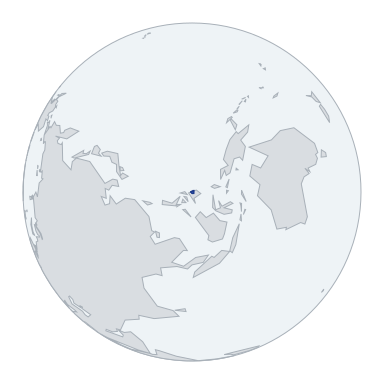 Agusan del Sur on an orthographic globe, rotated 273°
{"feature_id": "PHL-2588", "entity_name": "Agusan del Sur", "entity_type": "Province", "adm_level": 1, "iso_a3": "PHL", "parent_name": "Philippines", "parent_adm1": "", "projection": "orthographic", "projection_center": [125.781, 8.604], "detail": "fine", "context": "on_globe", "style": "filled", "palette": "blue", "viewbox_px": 384, "rotation_deg": 273, "n_neighbors": 0, "source": "natural_earth", "source_scale": "10m", "svg_char_len": 8800}
<svg xmlns="http://www.w3.org/2000/svg" viewBox="0 0 384 384"><g transform="rotate(273 192 192)"><circle cx="192" cy="192" r="169" fill="#eef3f6" stroke="#a8b0b8"/><path d="M323.7,252.4L323.6,253.6L323.4,253.8L323.7,252.4ZM285.1,51.0L279.8,47.8L274.1,46.7L277.9,50.3L272.7,46.8L283.6,57.0L284.1,61.3L280.1,54.2L277.1,51.8L275.7,53.3L272.2,51.3L269.6,51.1L265.6,48.7L263.6,45.3L261.0,43.9L260.2,45.1L255.6,44.0L257.3,42.3L249.5,40.3L244.8,35.4L252.3,34.9L246.2,32.2L245.9,31.9L259.5,37.1L272.6,43.5L285.1,51.0ZM348.6,142.6L347.2,138.9L348.5,140.6L348.6,142.6ZM346.0,137.2L346.6,138.3L346.1,137.4L346.0,137.2ZM345.4,136.8L345.9,137.1L345.5,137.2L345.4,136.8ZM344.8,136.9L345.1,136.7L345.1,136.9L344.8,136.9ZM343.3,135.9L342.8,135.5L343.0,135.0L343.3,135.9ZM291.3,55.3L289.8,54.3L289.0,53.7L291.3,55.3ZM281.4,53.6L281.7,52.8L282.6,54.4L281.4,53.6ZM269.9,51.5L270.9,52.4L269.1,52.0L269.9,51.5ZM261.4,48.1L258.2,47.3L261.1,47.5L261.4,48.1ZM256.1,46.4L248.4,45.0L250.0,46.9L241.2,41.4L250.7,44.1L254.0,43.9L253.8,45.0L256.1,46.4ZM240.5,30.1L234.4,28.5L234.1,28.4L240.5,30.1ZM237.6,38.8L235.4,38.2L237.3,38.3L237.6,38.8ZM243.6,31.2L241.9,30.8L236.5,29.2L235.2,28.9L234.1,28.4L243.6,31.2ZM227.4,26.8L230.4,27.5L228.5,27.0L230.6,27.6L226.6,26.7L225.0,26.3L223.8,26.1L224.7,26.2L227.4,26.8ZM223.9,26.3L230.0,27.6L229.8,27.6L223.9,26.3ZM221.0,25.6L223.2,26.0L222.9,26.0L221.0,25.6ZM215.8,24.7L214.8,24.6L214.5,24.5L215.8,24.7ZM217.4,25.0L216.5,24.9L217.2,24.9L218.4,25.2L217.4,25.0ZM220.4,25.6L220.9,25.7L219.5,25.4L220.4,25.6ZM212.1,24.2L211.5,24.2L207.9,23.9L208.3,23.8L212.1,24.2ZM47.7,104.2L47.2,105.3L56.4,92.4L57.4,89.9L64.2,81.4L66.6,79.4L66.2,83.1L68.3,80.7L73.1,73.6L77.5,70.3L75.2,71.0L72.8,73.8L71.3,74.6L73.4,72.2L74.9,70.9L76.3,69.1L69.0,76.1L79.6,65.8L91.1,56.5L103.4,48.1L101.9,49.1L107.5,45.7L108.2,45.8L112.0,43.2L118.1,40.1L122.1,38.5L124.8,37.3L119.1,39.6L132.4,33.9L136.1,32.7L138.0,32.8L127.5,38.6L123.3,39.9L125.1,38.2L117.6,42.3L121.0,40.7L119.5,41.9L125.0,39.9L124.2,40.8L130.8,37.7L130.4,38.5L126.2,40.4L134.0,39.0L134.9,40.6L137.1,40.0L139.2,38.8L139.0,42.1L140.6,41.5L141.3,40.2L144.9,38.2L151.2,36.3L150.8,37.6L148.5,38.4L142.9,42.4L136.8,44.9L137.2,45.3L142.5,43.4L149.2,38.5L153.2,37.1L150.5,39.2L151.8,38.3L153.6,38.0L155.1,39.0L158.2,36.7L178.8,33.8L183.7,36.1L179.0,37.9L193.0,38.9L197.3,42.5L197.9,41.1L205.1,41.4L203.8,40.2L204.6,39.6L222.3,41.1L226.2,42.8L234.5,43.0L234.8,42.4L232.4,41.0L241.2,41.4L250.0,46.9L248.8,47.8L255.1,51.1L251.5,53.0L251.5,56.5L243.9,57.5L244.6,60.7L247.0,61.7L249.6,67.1L246.8,75.8L238.5,64.2L240.7,52.8L238.9,56.8L236.1,54.8L233.5,55.6L232.5,58.9L234.4,59.9L216.6,61.2L207.8,70.0L216.1,70.9L219.8,74.8L217.1,88.3L196.0,104.6L200.7,112.2L200.0,116.6L193.7,118.5L194.5,111.9L189.5,108.8L191.0,105.1L181.2,106.7L182.8,101.6L174.4,105.8L176.0,110.3L184.0,110.4L176.0,117.0L182.3,125.7L181.4,135.2L165.2,150.3L151.3,153.8L150.1,156.8L145.4,152.6L137.9,157.9L145.5,176.8L144.8,181.9L133.2,190.4L133.2,186.5L120.8,175.4L117.4,187.5L126.8,199.1L129.9,211.7L122.3,206.9L119.2,195.8L114.9,191.6L116.8,180.9L114.6,164.6L106.9,166.5L108.2,160.3L104.1,146.6L93.5,149.1L76.2,163.3L72.6,179.3L67.2,185.5L63.6,160.9L66.1,145.3L62.2,145.9L60.6,131.9L50.5,127.8L51.4,123.7L48.9,124.9L48.2,120.0L50.4,113.5L48.9,113.2L43.7,130.4L45.5,130.9L50.3,125.7L48.2,131.7L49.2,138.1L39.9,150.6L28.6,158.8L31.4,146.7L42.9,113.0L44.8,109.8L45.0,109.4L45.3,108.7L42.4,113.8L45.7,107.6L35.4,129.9L31.9,139.4L28.4,159.4L27.8,161.0L27.8,165.5L32.6,163.7L31.8,167.7L27.2,184.9L23.9,207.1L26.6,225.2L30.1,240.2L30.8,242.7L27.6,231.1L25.3,219.4L23.8,207.5L23.1,195.5L23.3,183.6L24.3,171.6L26.1,159.8L28.8,148.1L32.4,136.7L36.7,125.5L41.8,114.6L47.7,104.2ZM68.3,76.9L65.5,80.0L65.6,79.9L68.3,76.9ZM61.8,94.8L64.1,97.3L69.9,88.3L71.3,88.7L72.8,85.7L70.3,87.7L74.9,79.9L78.4,78.6L81.7,75.2L81.0,74.3L73.9,78.1L67.2,88.9L63.8,91.7L61.8,94.8ZM196.3,23.1L194.5,23.1L187.9,23.1L189.2,23.1L185.9,23.3L180.2,23.6L183.3,23.3L174.9,24.0L175.8,23.8L174.8,23.9L174.1,24.0L196.3,23.1ZM207.7,23.8L205.0,23.5L206.5,23.8L198.4,23.3L194.9,23.1L199.5,23.2L207.7,23.8ZM155.5,27.5L157.8,26.9L158.5,26.8L164.6,25.7L164.4,26.0L160.6,26.8L155.5,27.5ZM54.8,94.2L53.0,96.2L54.0,94.7L54.4,94.2L54.8,94.2ZM156.3,27.7L158.8,27.1L157.1,27.7L156.3,27.7ZM164.5,26.3L163.1,26.8L165.0,26.0L164.5,26.3ZM98.5,326.5L102.0,328.7L100.5,328.4L98.5,326.5ZM34.3,242.1L41.8,266.9L40.4,265.9L36.7,257.8L31.6,242.3L32.0,239.1L31.3,232.6L34.3,242.1ZM172.2,244.5L177.5,245.7L177.3,246.5L172.2,244.5ZM166.7,241.3L172.6,242.1L165.8,242.9L166.7,241.3ZM175.0,242.4L181.0,241.5L183.6,240.5L183.2,242.1L175.0,242.4ZM162.8,240.9L141.7,238.5L133.5,235.4L135.3,232.8L148.5,235.1L162.8,240.9ZM134.6,232.7L122.3,223.2L106.7,197.7L112.2,198.9L128.9,215.1L127.8,217.5L135.2,224.7L134.6,232.7ZM164.9,221.3L163.8,228.5L152.0,226.6L146.7,224.9L143.1,215.0L145.1,210.4L149.4,211.1L166.8,196.7L172.7,201.3L167.2,207.5L172.0,214.5L164.9,221.3ZM73.0,180.9L75.1,191.2L72.3,192.3L73.0,180.9ZM174.4,186.1L167.0,192.4L173.9,183.7L174.4,186.1ZM178.8,177.7L179.0,181.3L176.4,177.6L178.8,177.7ZM149.4,161.6L144.8,161.9L145.0,159.4L150.9,157.6L149.4,161.6ZM180.6,143.4L179.5,150.5L178.3,152.8L176.7,148.3L180.6,143.4ZM158.1,33.0L149.8,33.8L143.8,35.4L140.2,37.4L141.8,35.2L151.1,32.8L158.1,33.0ZM176.3,33.4L179.4,32.1L180.5,32.8L179.9,33.2L176.3,33.4ZM176.5,32.5L175.9,30.8L179.2,30.2L179.0,31.6L176.5,32.5ZM165.7,28.2L163.3,28.4L164.7,27.8L165.7,28.2ZM284.3,314.7L286.3,315.8L281.5,320.1L274.9,324.5L268.5,325.8L284.3,314.7ZM234.4,324.3L233.6,319.1L240.9,319.0L238.4,323.4L234.4,324.3ZM288.9,311.3L293.2,306.6L294.3,300.7L294.4,306.1L298.4,306.3L287.9,315.4L288.9,311.3ZM205.9,300.7L173.3,308.5L165.9,306.4L167.2,302.1L159.3,287.7L161.7,288.2L159.4,278.7L178.3,272.0L191.7,257.6L202.9,259.5L211.0,248.9L222.7,250.6L219.6,259.3L232.1,266.1L239.8,246.7L248.2,268.6L257.9,276.9L261.5,290.4L247.0,311.8L238.0,315.6L236.0,313.4L232.3,315.5L226.1,314.1L222.0,306.7L218.4,308.7L221.6,303.5L216.6,308.0L213.0,303.1L205.9,300.7ZM290.2,268.1L292.1,268.7L295.4,272.6L292.3,271.8L290.2,268.1ZM318.9,256.8L319.8,258.6L317.8,259.0L318.9,256.8ZM323.4,253.8L321.0,254.5L323.7,252.4L323.4,253.8ZM299.5,256.0L300.6,257.3L299.8,257.8L299.5,256.0ZM298.8,255.5L299.8,253.4L299.7,255.5L298.8,255.5ZM289.4,243.5L290.4,242.4L291.0,243.3L289.4,243.5ZM185.3,246.6L192.5,241.5L196.5,241.4L185.3,246.6ZM287.6,241.0L284.8,240.7L285.1,239.5L287.6,241.0ZM287.8,238.3L287.4,236.7L289.3,240.6L287.8,238.3ZM282.2,234.4L285.8,237.5L281.9,234.7L282.2,234.4ZM280.2,234.7L277.7,233.3L277.8,232.8L280.2,234.7ZM252.7,235.0L262.0,245.2L254.7,244.4L246.4,237.9L240.3,242.9L226.3,240.9L229.4,237.7L227.4,232.3L213.1,229.0L210.3,225.3L215.3,223.5L206.0,219.9L216.1,219.3L220.4,226.7L226.1,221.7L236.3,223.9L246.3,227.1L254.6,233.0L252.7,235.0ZM216.3,234.7L218.1,234.9L216.6,236.9L216.3,234.7ZM272.9,229.0L276.5,232.7L276.1,233.6L274.4,232.9L272.9,229.0ZM256.4,232.0L265.2,226.8L267.3,227.1L261.5,233.3L256.4,232.0ZM263.0,222.9L267.2,224.0L269.4,227.5L268.6,228.3L263.0,222.9ZM195.6,226.4L195.2,228.3L192.6,226.5L195.6,226.4ZM198.9,225.5L206.9,228.4L198.2,227.1L198.9,225.5ZM175.5,216.5L177.7,221.3L184.8,219.0L179.4,222.7L184.3,230.8L182.8,233.5L177.9,224.8L176.3,233.1L173.2,232.7L171.4,225.2L174.5,216.7L177.6,213.4L190.4,213.1L175.5,216.5ZM198.8,219.9L196.8,214.3L198.3,210.9L200.6,213.9L198.8,219.9ZM190.9,200.9L185.7,194.3L180.7,196.1L190.9,188.6L194.2,196.2L190.9,200.9ZM186.8,187.0L182.1,188.7L187.1,184.2L186.8,187.0ZM181.1,186.5L180.8,182.3L184.3,183.2L181.1,186.5ZM189.2,187.5L190.4,180.4L192.0,184.8L189.2,187.5ZM179.8,172.7L187.1,180.4L177.3,176.4L177.9,162.9L182.1,163.0L179.8,172.7ZM209.9,122.8L209.4,119.2L213.5,118.9L212.7,121.4L209.9,122.8ZM226.5,115.9L214.5,117.7L204.7,119.8L207.3,121.7L204.4,127.5L200.9,121.4L208.4,115.6L215.6,115.2L217.5,110.5L223.3,108.0L223.3,102.0L226.1,99.8L228.3,105.3L226.5,115.9ZM223.0,99.5L225.0,89.7L232.4,92.2L233.6,94.8L229.6,98.2L225.9,96.6L223.0,99.5ZM227.6,88.2L224.1,86.8L219.7,72.6L220.6,70.3L227.9,81.7L224.9,81.1L224.7,84.4L227.6,88.2ZM235.7,38.9L235.5,38.2L237.0,39.1L235.7,38.9ZM203.8,38.9L205.2,38.3L206.9,39.0L203.8,38.9ZM210.0,37.0L207.0,36.6L210.3,36.5L210.0,37.0ZM200.3,35.9L205.9,36.2L200.3,36.7L200.3,35.9Z" fill="#d9dde1" stroke="#a8b0b8" stroke-width="1"/><path d="M192.0,190.2L192.0,190.4L192.1,190.5L192.1,190.8L192.1,191.0L192.3,191.2L192.4,191.3L192.5,191.4L192.5,191.5L192.7,191.8L192.7,192.0L192.7,192.3L192.8,192.5L193.2,192.7L193.3,192.8L193.2,193.1L193.3,193.3L193.5,193.6L193.5,193.8L193.2,193.8L191.7,193.8L190.8,193.8L190.8,193.7L190.8,193.4L190.7,193.3L190.7,193.2L190.7,192.9L190.6,192.7L190.7,192.0L190.9,192.0L191.0,192.0L191.2,191.8L191.3,191.7L191.7,191.8L191.7,191.7L191.8,191.7L191.7,191.5L191.7,191.4L191.7,191.2L191.8,190.8L192.0,190.2L192.0,190.2Z" fill="#3b82f6" stroke="#1e3a8a" stroke-width="1.5"/></g></svg>